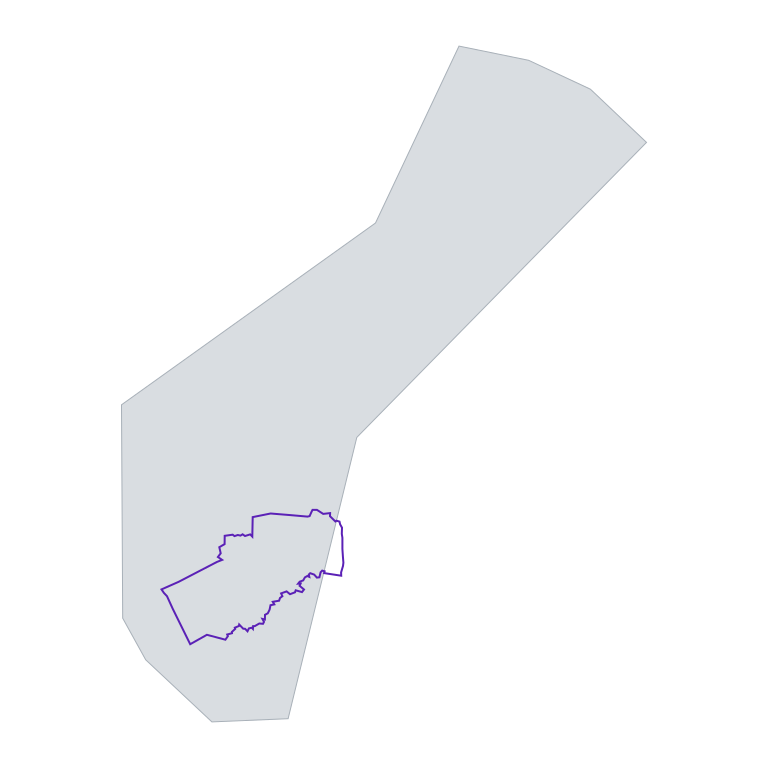 Talofofo, Guam (highlighted)
{"feature_id": "77769853B17205204900927", "entity_name": "Talofofo", "entity_type": "district", "adm_level": 2, "iso_a3": "GUM", "parent_name": "Guam", "parent_adm1": "", "projection": "orthographic", "projection_center": [144.734, 13.336], "detail": "fine", "context": "in_parent", "style": "outline", "palette": "violet", "viewbox_px": 768, "rotation_deg": 0, "n_neighbors": 0, "source": "geoboundaries", "source_scale": "gbopen_adm2", "svg_char_len": 1578}
<svg xmlns="http://www.w3.org/2000/svg" viewBox="0 0 768 768"><path d="M288.1,718.7L211.9,721.9L145.7,659.8L122.7,618.2L121.5,404.8L375.5,223.0L459.0,46.1L528.6,60.3L590.4,89.2L646.5,142.4L356.8,437.4L288.1,718.7Z" fill="#d9dde1" stroke="#a8b0b8" stroke-width="1"/><path d="M161.5,589.4L163.9,592.9L167.0,596.2L172.7,608.7L190.2,644.2L206.9,634.8L225.4,639.7L227.9,636.1L227.2,634.5L232.0,633.2L231.9,631.9L235.2,628.9L234.8,627.7L238.9,626.0L239.2,624.5L243.2,628.7L245.1,628.8L247.5,631.3L248.9,628.4L251.8,627.7L252.9,628.9L253.1,626.1L254.8,626.1L259.3,623.5L263.0,623.8L264.0,621.9L262.4,618.9L264.9,619.5L265.0,614.8L267.8,613.3L269.6,609.6L270.5,605.2L274.3,604.4L272.8,601.8L279.1,600.7L280.0,598.0L282.4,596.2L281.1,593.4L286.6,591.4L290.0,594.2L295.0,592.3L295.7,590.3L302.0,592.1L304.0,589.5L299.6,585.8L300.6,583.6L298.1,583.7L299.7,581.7L303.2,580.4L304.9,577.4L307.3,576.0L309.3,576.9L308.8,574.5L310.2,573.2L314.2,574.6L316.9,577.6L319.4,577.3L320.6,572.3L322.2,570.6L324.6,571.3L324.1,573.1L341.2,575.7L341.1,572.5L341.1,572.4L342.9,566.3L343.0,566.0L343.4,562.7L342.9,556.5L342.4,548.9L342.4,537.8L341.8,533.9L342.0,527.7L340.1,524.3L339.5,521.6L336.5,520.7L335.4,521.5L330.0,516.2L330.1,513.1L323.2,513.9L317.0,509.9L312.5,509.9L311.5,511.9L309.6,516.1L307.5,516.6L290.3,515.1L270.6,513.5L252.7,517.1L252.3,536.6L250.2,534.4L245.0,536.0L242.6,534.3L240.5,535.6L237.8,535.0L234.5,536.1L232.7,534.7L224.7,535.8L224.6,544.1L219.3,547.2L220.7,553.3L217.9,557.0L222.1,559.9L216.8,562.0L178.7,581.8L161.5,589.4Z" fill="none" stroke="#5b21b6" stroke-width="2"/></svg>